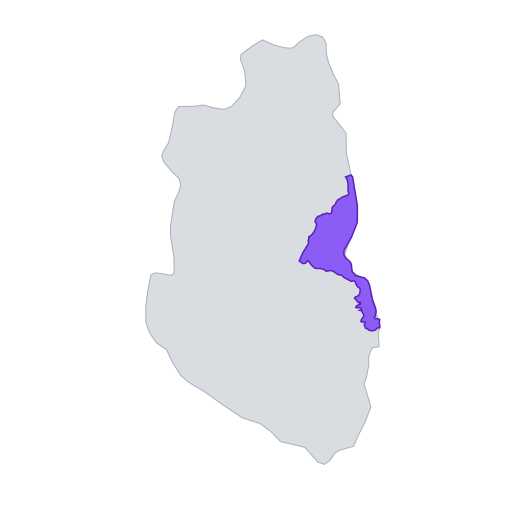 where Geylegphug sits in Bhutan, rotated 264°
{"feature_id": "BTN-2482", "entity_name": "Geylegphug", "entity_type": "District", "adm_level": 1, "iso_a3": "BTN", "parent_name": "Bhutan", "parent_adm1": "", "projection": "orthographic", "projection_center": [90.239, 26.953], "detail": "fine", "context": "in_parent", "style": "filled", "palette": "violet", "viewbox_px": 512, "rotation_deg": 264, "n_neighbors": 0, "source": "natural_earth", "source_scale": "10m", "svg_char_len": 3926}
<svg xmlns="http://www.w3.org/2000/svg" viewBox="0 0 512 512"><g transform="rotate(264 256 256)"><path d="M411.7,218.1L411.0,221.4L407.5,230.1L405.2,239.6L407.3,247.3L415.5,256.5L426.4,263.7L440.3,264.1L453.0,261.1L458.1,262.2L465.2,274.4L470.3,285.0L463.8,296.1L460.2,305.8L459.0,312.7L459.9,315.7L464.1,321.1L469.0,330.5L469.8,339.2L466.8,345.0L460.3,348.0L453.2,347.2L447.5,347.4L440.2,348.5L428.9,351.9L418.4,356.1L398.5,355.6L390.5,347.1L386.8,347.1L368.8,358.4L349.2,356.6L313.4,360.5L298.5,361.4L283.1,360.3L275.3,357.9L260.9,350.1L247.8,344.5L234.5,349.7L229.8,350.6L219.1,364.0L196.0,368.4L172.9,371.6L166.1,369.7L153.1,368.9L152.6,365.8L153.0,362.7L150.1,360.3L144.8,357.8L135.7,356.7L124.1,353.3L117.4,350.1L93.8,354.5L80.0,347.4L64.5,337.5L56.6,333.2L53.9,318.2L51.2,313.3L45.1,308.2L41.7,302.2L44.5,296.1L60.2,284.8L61.5,282.2L68.9,260.9L78.9,253.3L88.9,242.6L96.4,225.5L110.9,208.1L126.7,190.2L137.6,175.6L144.8,168.8L159.6,161.5L171.9,157.3L180.5,147.5L190.8,142.1L201.3,139.6L217.0,141.0L231.8,144.5L247.9,149.4L249.8,153.3L248.4,160.3L246.1,167.3L246.0,171.0L248.5,172.9L264.4,174.3L283.8,173.1L294.7,174.1L319.0,180.5L326.1,185.0L333.6,188.5L340.8,187.8L350.0,180.2L359.6,173.8L365.6,172.7L369.9,174.7L377.7,180.8L393.7,186.4L408.1,190.5L412.7,194.6L411.3,212.2L411.7,218.1Z" fill="#d9dde1" stroke="#a8b0b8" stroke-width="1"/><path d="M185.1,368.6L184.1,368.5L183.6,368.2L182.6,367.3L182.1,367.3L181.4,367.8L181.1,368.6L181.1,369.2L181.0,369.6L181.0,369.9L180.8,370.7L180.4,371.7L179.8,372.4L179.3,372.4L178.1,371.8L177.5,371.7L172.4,371.8L171.7,371.6L171.8,371.1L171.8,369.5L171.6,369.0L170.8,368.2L169.8,366.8L169.3,363.7L170.6,360.2L171.8,359.4L172.7,357.4L175.0,356.7L175.6,356.6L176.5,356.6L177.1,356.7L178.7,357.5L179.0,356.7L179.2,356.3L179.4,355.7L179.4,355.1L179.3,353.9L179.7,353.6L180.4,353.6L182.1,354.4L183.0,355.1L184.3,356.5L185.2,356.9L186.4,356.9L189.7,355.6L190.5,355.2L191.2,353.4L191.4,354.2L191.4,354.5L191.6,354.9L191.8,355.2L192.2,355.5L192.6,355.4L193.1,355.0L193.6,353.8L193.9,352.6L194.1,351.6L194.0,350.2L194.4,349.9L194.9,350.0L196.0,350.8L196.4,351.8L196.7,352.9L196.8,353.9L197.1,354.5L197.7,354.9L198.4,355.1L199.0,355.0L199.1,354.5L198.8,354.4L198.5,354.2L198.2,354.0L198.7,353.3L199.2,352.7L203.9,349.5L205.1,350.9L205.3,352.6L206.8,354.7L207.6,355.2L209.3,355.6L212.2,356.2L213.2,355.7L213.9,355.0L214.5,354.1L216.2,353.0L217.5,352.5L219.8,352.0L220.6,351.6L221.1,351.1L221.1,350.1L221.0,349.7L221.0,349.4L220.8,349.0L220.8,348.6L220.9,348.0L225.5,341.1L227.5,339.7L228.4,338.1L228.5,336.7L229.6,334.7L231.8,332.4L233.8,329.1L233.5,324.2L235.5,322.2L236.8,318.6L237.1,317.2L237.3,314.4L237.7,313.5L239.5,311.6L240.5,310.7L242.6,309.3L244.1,308.5L245.9,307.2L243.5,304.1L243.6,301.8L244.8,300.3L246.6,298.5L254.7,303.1L258.8,306.4L260.4,307.4L261.4,308.6L262.2,309.1L262.8,309.4L263.4,309.5L263.9,309.6L264.4,309.5L265.2,309.5L265.9,309.6L267.8,310.3L269.7,310.5L270.5,312.8L272.8,315.1L274.9,316.8L278.2,318.6L280.1,319.3L280.8,319.5L281.5,319.5L282.1,319.3L283.2,318.7L284.3,318.3L287.3,319.9L288.5,321.2L289.1,322.1L289.2,323.7L289.5,324.9L290.3,325.8L290.6,326.6L290.6,328.1L290.7,328.9L291.1,330.1L291.2,330.8L290.9,331.9L290.2,333.1L290.8,335.3L292.0,336.0L295.8,336.6L296.5,337.0L297.3,337.8L298.4,339.4L299.2,340.4L299.8,340.7L300.5,340.9L301.1,341.3L301.8,342.1L303.0,342.8L303.9,344.5L304.2,345.5L305.6,348.1L305.9,348.8L306.4,351.8L307.2,353.7L308.0,354.5L308.7,354.8L310.8,354.3L315.6,354.8L316.8,355.0L317.5,355.1L322.2,354.7L322.6,354.6L323.1,354.3L325.3,353.3L326.6,359.0L326.2,359.3L325.9,359.5L325.1,359.8L324.9,360.2L324.8,360.3L295.6,362.1L278.9,360.3L264.5,352.8L252.5,344.2L248.2,343.5L245.6,344.4L243.7,345.9L242.0,347.6L239.9,349.3L237.5,350.0L232.8,349.9L230.5,350.1L226.1,352.9L222.9,361.6L219.7,364.5L214.8,365.9L200.1,367.3L192.0,369.4L189.2,369.7L187.9,369.5L185.3,368.7L185.1,368.6Z" fill="#8b5cf6" stroke="#5b21b6" stroke-width="1.5"/></g></svg>